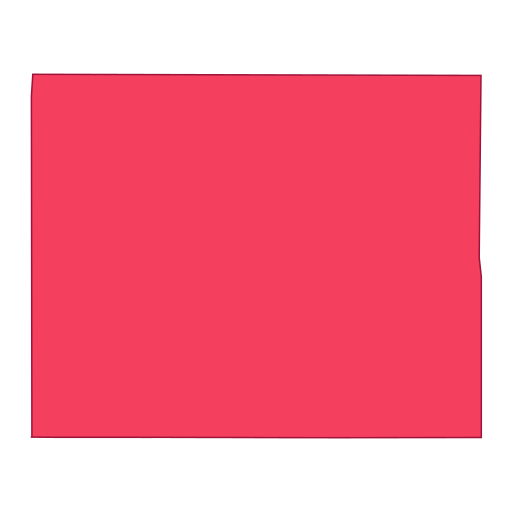 Hitchcock, Nebraska, United States of America
{"feature_id": "52423323B23020703161969", "entity_name": "Hitchcock", "entity_type": "district", "adm_level": 2, "iso_a3": "USA", "parent_name": "United States of America", "parent_adm1": "Nebraska", "projection": "equal_earth", "projection_center": [-101.114, 40.176], "detail": "fine", "context": "isolated", "style": "filled", "palette": "rose", "viewbox_px": 512, "rotation_deg": 0, "n_neighbors": 0, "source": "geoboundaries", "source_scale": "gbopen_adm2", "svg_char_len": 383}
<svg xmlns="http://www.w3.org/2000/svg" viewBox="0 0 512 512"><path d="M30.7,437.1L31.9,437.1L55.8,437.3L61.7,437.3L91.8,437.3L118.6,437.3L136.7,437.3L147.4,437.4L155.4,437.3L185.4,437.4L241.6,437.5L267.5,437.6L339.3,437.7L481.3,437.5L481.3,276.8L479.2,257.4L481.0,75.4L466.0,75.4L32.8,74.3L31.4,96.3L31.9,437.1L30.7,437.1Z" fill="#f43f5e" stroke="#9f1239" stroke-width="1.5"/></svg>